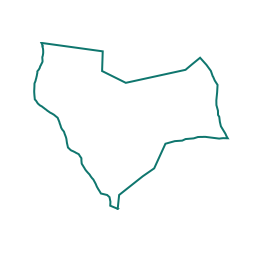 Chase Gardens, Castries, Saint Lucia (orthographic projection), rotated 190°
{"feature_id": "8701671B45925024878482", "entity_name": "Chase Gardens", "entity_type": "district", "adm_level": 2, "iso_a3": "LCA", "parent_name": "Saint Lucia", "parent_adm1": "Castries", "projection": "orthographic", "projection_center": [-60.972, 14.016], "detail": "fine", "context": "isolated", "style": "outline", "palette": "teal", "viewbox_px": 256, "rotation_deg": 190, "n_neighbors": 0, "source": "geoboundaries", "source_scale": "gbopen_adm2", "svg_char_len": 2284}
<svg xmlns="http://www.w3.org/2000/svg" viewBox="0 0 256 256"><g transform="rotate(190 128 128)"><path d="M166.2,199.1L227.2,196.8L227.5,196.8L228.0,196.7L227.7,196.3L226.2,194.1L226.6,193.8L226.3,193.0L225.7,191.9L225.4,191.1L225.0,189.6L224.8,188.6L224.6,187.5L224.5,186.5L224.5,184.9L224.5,184.1L224.7,183.0L224.5,182.0L224.1,180.4L223.9,179.6L223.7,178.5L223.9,177.5L224.4,176.1L224.6,175.1L225.0,174.1L225.2,173.2L225.3,172.7L225.4,171.7L226.1,169.8L226.8,168.7L227.1,168.0L227.0,167.3L226.8,166.5L226.9,165.8L226.9,164.6L226.9,163.2L227.0,162.2L227.0,161.2L227.2,159.8L227.2,158.8L227.4,157.5L227.7,156.4L227.8,155.4L227.4,152.9L227.0,149.7L226.8,148.1L226.5,146.6L225.8,143.8L224.7,139.9L224.2,139.6L223.3,138.9L222.0,137.5L221.2,136.6L220.3,136.0L219.3,135.4L218.7,135.0L217.8,134.7L216.6,134.3L215.5,133.7L214.3,133.1L212.8,132.3L211.7,131.8L210.7,131.2L210.0,130.8L209.3,130.6L208.4,130.1L207.3,129.6L205.6,129.1L204.6,128.7L203.7,128.4L202.5,127.8L201.7,127.3L200.6,126.7L199.1,125.9L197.9,124.0L196.7,122.1L196.1,120.8L194.8,118.6L194.2,117.3L193.7,116.5L192.8,115.4L192.1,114.7L191.2,114.0L190.4,113.2L190.0,112.5L189.4,111.3L188.6,110.0L187.6,108.3L187.0,107.1L186.5,105.7L185.5,102.6L184.1,99.3L183.7,98.3L183.1,98.0L181.7,97.0L180.4,96.2L179.5,95.9L178.5,95.7L177.8,95.5L176.1,95.0L174.8,94.5L172.7,93.9L171.9,93.6L171.2,92.8L170.5,92.0L169.7,91.2L168.7,90.2L168.5,89.4L168.3,88.2L167.8,86.3L167.4,84.9L166.8,84.1L166.0,83.3L165.1,82.2L164.3,81.4L163.6,80.5L162.7,79.5L161.6,78.5L160.0,77.2L159.1,76.5L158.0,75.7L157.3,75.0L156.6,74.2L155.8,73.4L154.8,72.5L154.2,72.0L153.2,71.3L152.3,70.1L151.7,69.4L150.7,68.1L150.2,67.5L149.5,66.4L148.4,64.7L147.7,63.9L147.0,63.0L146.0,61.9L144.8,60.6L143.3,58.8L136.9,58.4L134.2,56.7L132.5,52.3L132.0,48.4L124.4,46.7L125.0,46.3L124.1,46.5L125.1,60.5L105.1,83.0L104.4,83.7L95.2,92.8L88.4,119.0L79.6,123.2L72.4,125.0L69.4,127.1L61.5,129.2L57.5,131.3L52.9,132.2L50.3,132.7L36.4,133.4L32.7,134.5L28.0,135.2L29.4,136.8L31.1,139.3L36.8,145.8L38.6,150.0L40.1,154.9L41.6,156.5L42.4,160.6L44.9,165.9L45.8,170.5L46.4,178.5L47.3,186.0L50.8,189.8L53.1,193.3L53.5,193.6L56.3,198.6L61.7,203.8L69.2,209.7L76.1,201.7L81.2,195.6L81.4,195.3L138.0,172.1L145.1,174.2L163.4,179.6L166.2,199.1Z" fill="none" stroke="#0f766e" stroke-width="2"/></g></svg>